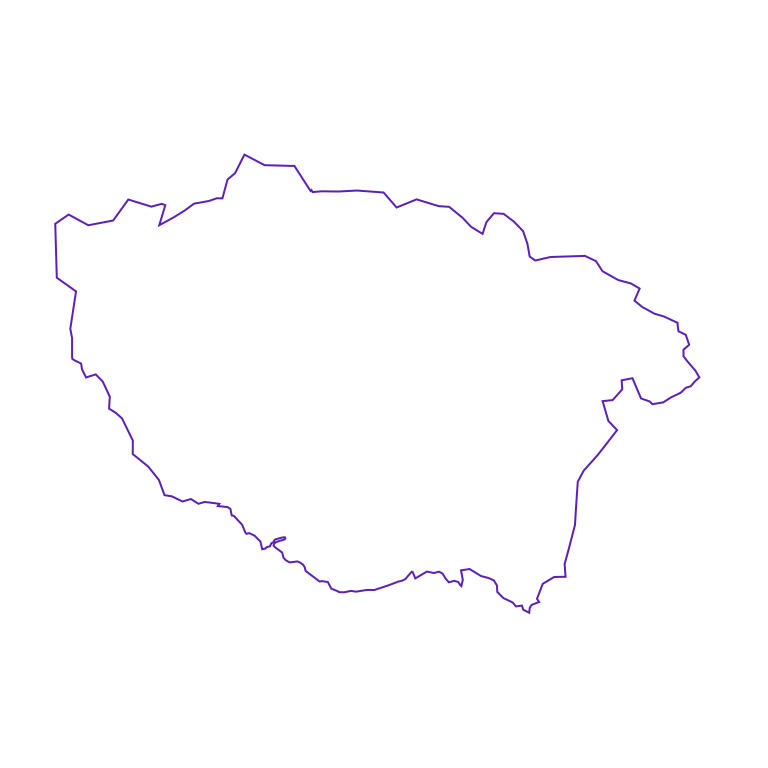 the district of Arminou, Paphos, Cyprus, rotated 264°
{"feature_id": "46923920B96831730642133", "entity_name": "Arminou", "entity_type": "district", "adm_level": 2, "iso_a3": "CYP", "parent_name": "Cyprus", "parent_adm1": "Paphos", "projection": "orthographic", "projection_center": [32.715, 34.867], "detail": "fine", "context": "isolated", "style": "outline", "palette": "violet", "viewbox_px": 768, "rotation_deg": 264, "n_neighbors": 0, "source": "geoboundaries", "source_scale": "gbopen_adm2", "svg_char_len": 2696}
<svg xmlns="http://www.w3.org/2000/svg" viewBox="0 0 768 768"><g transform="rotate(264 384 384)"><path d="M151.0,515.5L154.4,513.7L168.7,521.0L174.3,533.1L173.3,544.4L186.0,544.8L200.6,550.5L223.9,559.2L243.6,562.5L266.6,566.5L276.9,573.5L291.2,589.3L299.5,597.3L313.8,611.0L323.8,603.3L336.5,601.0L344.1,599.6L344.1,609.7L353.8,620.4L362.8,620.7L363.8,631.7L342.8,638.1L338.8,646.5L335.9,648.8L336.5,659.7L340.8,668.3L344.4,678.4L348.7,683.7L349.7,688.9L353.8,693.1L357.6,698.3L364.7,695.1L375.3,687.8L380.2,684.8L386.8,685.4L391.1,691.6L401.3,689.3L405.6,682.4L412.0,682.2L414.1,682.4L422.0,669.2L425.6,660.4L433.5,649.0L440.7,641.8L452.2,648.2L457.3,641.3L458.2,640.0L462.9,627.8L473.3,613.1L484.0,607.7L490.4,597.2L492.9,563.0L491.0,547.3L495.5,542.2L508.3,541.3L521.5,538.3L531.9,530.2L540.7,520.8L542.4,511.2L534.3,502.8L523.0,497.7L531.3,487.0L541.1,479.5L553.4,467.3L555.1,457.2L564.2,435.7L558.2,415.0L574.5,403.6L579.2,377.5L580.2,358.8L582.2,341.8L582.3,333.1L584.5,332.1L583.7,331.1L610.2,317.7L614.1,288.1L626.7,269.2L609.2,257.9L603.8,249.8L585.5,242.7L586.2,237.1L584.3,228.9L583.2,213.9L577.2,203.6L572.0,192.9L565.4,177.1L584.7,185.2L586.4,181.8L584.7,171.1L594.2,149.0L574.9,131.7L572.8,106.5L585.5,88.1L577.7,73.8L523.9,69.7L508.3,87.4L471.7,77.8L462.2,78.6L443.5,76.6L441.5,76.7L439.9,78.7L436.0,84.9L430.1,85.2L421.6,88.4L422.5,92.5L423.7,98.3L415.9,104.5L400.0,110.0L388.2,108.0L383.5,114.1L377.1,119.9L354.0,128.3L340.6,126.8L326.4,141.0L314.3,148.7L312.1,150.1L296.4,154.1L294.4,161.4L288.2,171.3L289.8,179.9L284.3,186.9L285.4,193.5L283.1,203.5L282.0,207.7L280.0,206.0L278.0,215.4L275.8,218.2L271.2,218.6L269.1,218.9L268.6,220.8L258.8,228.2L250.7,230.6L249.4,231.6L249.8,234.4L246.8,239.3L240.3,244.6L232.4,245.6L232.8,248.9L234.0,250.4L234.5,253.6L237.4,255.3L238.2,257.4L240.6,259.2L241.5,263.8L242.0,266.9L241.9,269.4L240.4,269.7L239.7,268.4L239.0,264.5L238.1,260.4L236.9,258.2L235.0,257.2L233.4,258.2L227.0,265.1L221.7,265.9L218.9,268.0L217.8,269.6L216.6,271.2L216.4,272.7L216.6,279.3L215.3,281.7L212.9,284.5L209.8,286.1L206.3,286.5L194.3,299.3L194.4,301.7L193.0,307.4L186.0,310.2L182.6,316.6L181.7,317.4L181.0,322.8L181.7,329.4L180.4,334.5L181.0,345.3L180.7,348.3L180.1,352.7L183.3,367.3L186.0,377.5L186.4,381.0L187.7,384.8L193.5,390.9L194.4,392.1L193.7,393.0L187.4,394.8L193.0,407.1L190.8,413.7L191.0,415.3L191.6,419.2L189.2,422.5L184.1,424.9L180.0,427.8L180.9,433.2L179.3,437.2L176.4,438.6L174.9,439.8L180.9,441.9L190.6,441.1L191.1,449.7L182.8,460.5L180.2,467.6L177.1,472.8L171.7,475.3L165.4,474.9L158.7,480.3L153.2,489.2L149.0,492.0L149.2,498.0L145.0,498.9L141.3,504.5L146.0,505.5L148.9,507.7L151.0,515.5Z" fill="none" stroke="#5b21b6" stroke-width="2"/></g></svg>